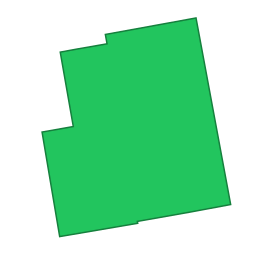 Cedar, Missouri, United States of America, rotated 258°
{"feature_id": "52423323B54382841940119", "entity_name": "Cedar", "entity_type": "district", "adm_level": 2, "iso_a3": "USA", "parent_name": "United States of America", "parent_adm1": "Missouri", "projection": "equal_earth", "projection_center": [-93.826, 37.737], "detail": "fine", "context": "isolated", "style": "filled", "palette": "green", "viewbox_px": 256, "rotation_deg": 258, "n_neighbors": 0, "source": "geoboundaries", "source_scale": "gbopen_adm2", "svg_char_len": 340}
<svg xmlns="http://www.w3.org/2000/svg" viewBox="0 0 256 256"><g transform="rotate(258 128 128)"><path d="M221.5,217.4L222.4,185.6L224.2,125.3L214.7,125.0L215.8,95.1L216.3,77.5L140.8,74.8L141.9,43.1L36.0,38.6L32.8,117.7L34.7,117.7L32.8,172.9L32.6,180.8L31.8,212.5L221.5,217.4Z" fill="#22c55e" stroke="#15803d" stroke-width="1.5"/></g></svg>